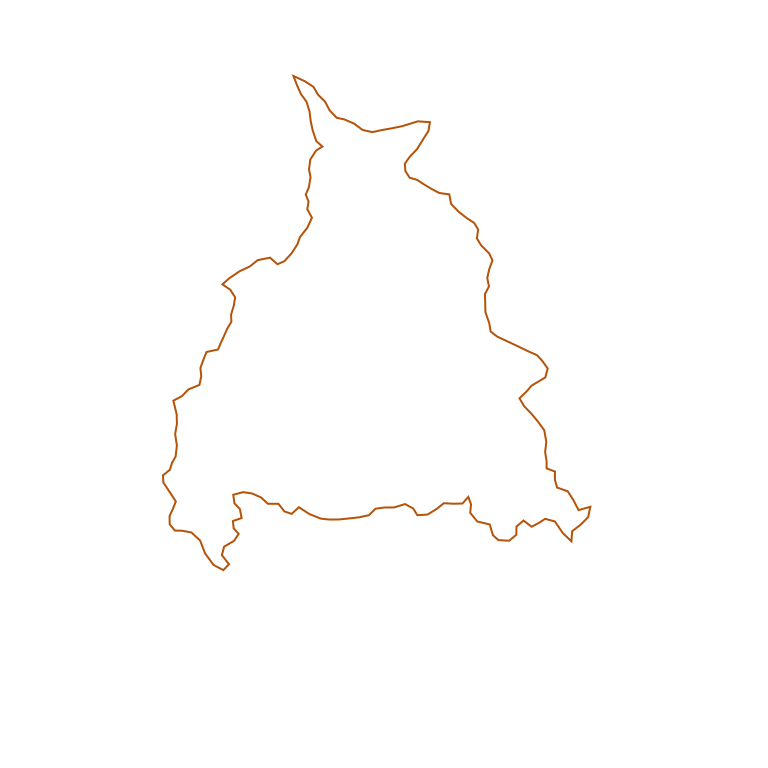 Florestal, Minas Gerais, Brazil (Albers equal-area conic projection), rotated 123°
{"feature_id": "56859067B66859822929128", "entity_name": "Florestal", "entity_type": "district", "adm_level": 2, "iso_a3": "BRA", "parent_name": "Brazil", "parent_adm1": "Minas Gerais", "projection": "albers", "projection_center": [-44.443, -19.858], "detail": "fine", "context": "isolated", "style": "outline", "palette": "amber", "viewbox_px": 768, "rotation_deg": 123, "n_neighbors": 0, "source": "geoboundaries", "source_scale": "gbopen_adm2", "svg_char_len": 2530}
<svg xmlns="http://www.w3.org/2000/svg" viewBox="0 0 768 768"><g transform="rotate(123 384 384)"><path d="M374.6,144.1L383.8,152.1L378.1,162.2L373.9,171.5L376.6,182.4L370.9,188.8L364.3,192.9L366.2,201.7L360.3,205.5L353.3,211.8L344.1,216.4L335.5,224.4L331.6,234.7L328.7,244.0L326.3,254.4L322.2,262.6L313.4,260.5L305.0,259.3L298.4,256.1L290.6,252.3L281.8,255.2L278.3,264.1L276.5,271.4L278.0,280.7L279.2,290.3L281.0,303.4L282.6,315.0L281.9,323.2L275.6,328.9L268.5,338.1L260.2,343.7L253.7,348.3L245.0,349.1L238.9,355.1L230.6,358.2L221.2,360.4L217.2,366.9L214.9,377.8L211.2,385.5L203.2,389.1L199.8,396.1L199.8,404.9L198.9,415.3L196.4,425.9L189.4,432.5L193.7,441.6L194.5,450.1L194.8,459.1L194.8,467.5L197.0,474.9L193.7,482.1L188.0,486.5L179.9,486.2L168.8,484.2L156.7,484.5L147.6,484.5L139.4,488.1L145.3,498.7L157.9,509.2L165.1,516.5L172.0,523.9L179.2,531.1L182.6,540.4L181.9,550.8L183.7,561.4L186.5,568.6L184.1,578.7L179.3,587.2L177.3,597.0L173.2,605.0L173.2,615.3L175.0,627.7L180.8,619.7L186.1,611.5L189.5,602.7L196.0,594.9L203.6,588.5L210.1,582.0L217.2,573.0L218.4,565.0L225.2,568.1L235.8,568.1L245.0,563.7L250.6,558.2L260.1,554.1L267.8,552.8L272.0,546.7L279.2,543.5L283.8,535.0L294.8,533.4L306.5,534.5L314.2,532.7L324.9,532.7L335.4,534.5L341.6,538.6L340.1,548.4L348.9,557.4L358.4,560.5L368.1,566.5L379.7,571.4L388.4,573.8L388.7,564.2L392.4,556.0L399.7,552.8L409.2,550.0L414.9,545.9L422.9,545.6L430.9,544.3L438.8,543.2L445.5,542.0L453.8,550.3L461.0,548.9L470.5,546.7L477.0,541.5L485.3,538.3L495.1,545.1L504.3,546.9L512.7,551.6L522.2,541.5L530.1,536.0L539.7,531.9L548.4,524.2L558.2,519.3L565.6,518.8L572.7,516.9L581.0,519.6L586.8,515.4L591.4,504.7L595.9,494.6L604.0,493.0L611.6,491.9L618.4,487.3L620.8,479.6L616.9,473.2L613.4,464.6L615.4,453.0L623.5,441.8L628.6,428.4L627.6,417.4L619.6,415.8L615.8,426.8L607.5,429.5L597.1,424.3L588.8,424.3L586.9,431.5L581.2,436.1L574.0,430.4L567.4,436.7L565.5,444.5L559.0,450.1L551.4,443.2L547.7,435.1L546.1,425.4L547.7,416.2L542.0,407.3L545.1,398.0L543.2,390.7L533.7,388.3L533.7,375.7L531.3,363.6L527.6,356.3L522.3,348.2L515.8,340.1L509.2,332.1L502.1,325.1L493.2,323.2L487.3,316.3L482.0,308.3L473.2,300.9L472.5,291.6L475.9,284.6L469.7,276.3L459.9,271.7L451.4,268.9L446.5,260.4L441.5,253.1L432.8,251.8L437.5,245.5L445.1,241.5L448.5,230.9L444.2,218.8L451.5,210.3L452.6,203.0L447.3,193.7L438.3,190.9L431.4,195.3L422.5,192.6L423.3,182.4L416.0,178.4L409.3,175.4L406.2,165.8L411.6,152.9L413.9,141.1L405.0,146.0L394.4,142.3L384.4,140.3L374.6,144.1Z" fill="none" stroke="#b45309" stroke-width="2"/></g></svg>